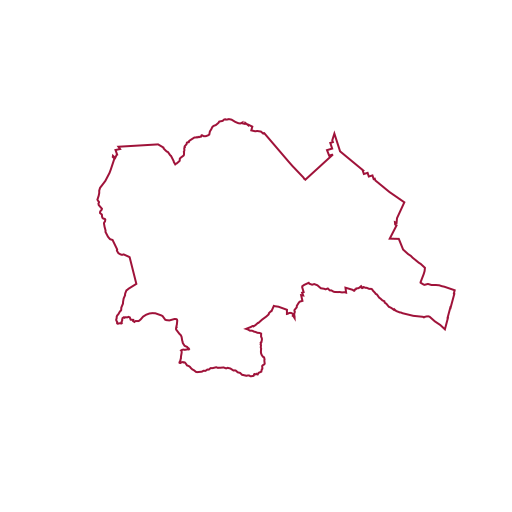 Ocotepec, Puebla, Mexico, rotated 325°
{"feature_id": "50627088B5073197281792", "entity_name": "Ocotepec", "entity_type": "district", "adm_level": 2, "iso_a3": "MEX", "parent_name": "Mexico", "parent_adm1": "Puebla", "projection": "natural_earth1", "projection_center": [-97.69, 19.551], "detail": "fine", "context": "isolated", "style": "outline", "palette": "rose", "viewbox_px": 512, "rotation_deg": 325, "n_neighbors": 0, "source": "geoboundaries", "source_scale": "gbopen_adm2", "svg_char_len": 6156}
<svg xmlns="http://www.w3.org/2000/svg" viewBox="0 0 512 512"><g transform="rotate(325 256 256)"><path d="M206.0,87.6L206.0,90.4L201.7,88.6L200.4,93.3L199.9,93.2L196.9,94.9L196.3,91.9L195.5,92.7L196.0,94.9L186.6,101.9L183.7,103.9L175.6,108.1L167.4,110.7L165.1,112.5L163.7,114.5L161.7,116.4L158.4,118.9L158.3,120.2L158.4,121.6L158.2,122.0L157.0,122.7L156.4,124.1L156.9,128.9L156.1,129.6L154.3,130.0L153.4,130.6L152.9,131.4L153.5,133.6L153.2,134.3L152.7,134.9L152.1,136.6L152.4,137.9L153.3,138.7L153.5,139.3L153.4,139.8L152.1,141.1L150.8,141.5L150.1,142.2L148.7,145.2L147.4,148.8L146.5,150.0L145.8,155.2L145.9,156.8L146.1,158.5L147.7,160.6L146.1,170.6L145.9,171.2L145.4,171.4L145.1,171.9L144.9,174.8L145.9,176.9L146.9,178.2L148.5,178.8L151.3,183.5L151.8,184.5L142.0,210.2L132.8,209.7L131.2,209.9L130.3,209.8L129.9,210.0L127.6,211.5L126.7,212.3L126.3,213.0L123.2,214.9L120.8,217.3L119.7,218.7L116.1,221.0L114.6,222.9L113.7,223.3L112.9,223.3L109.7,224.8L108.2,225.1L107.1,225.8L106.1,227.1L105.1,227.8L104.6,228.6L104.4,230.5L103.7,231.2L103.7,231.9L104.0,232.3L105.3,232.6L107.1,234.1L107.6,234.0L107.5,233.2L109.4,232.1L109.7,231.5L111.1,230.3L112.7,230.4L112.9,231.2L113.9,231.3L115.5,232.5L116.6,232.7L117.4,233.9L116.8,236.3L118.8,237.9L118.0,238.8L118.6,240.3L119.8,240.1L122.4,241.9L123.2,242.0L125.2,241.8L128.7,240.9L132.4,241.1L135.8,242.0L138.4,243.4L140.7,245.2L144.4,250.4L145.0,251.6L145.1,256.2L145.9,257.2L148.1,259.1L153.2,260.9L154.5,262.0L154.8,262.7L154.4,263.8L151.8,266.8L150.3,268.1L150.2,268.8L149.2,269.1L148.4,270.4L148.6,275.7L149.0,277.9L148.6,279.7L147.0,283.0L146.7,284.1L146.2,285.0L146.1,285.8L146.0,288.6L147.4,290.9L147.5,292.0L147.9,293.2L147.8,293.9L147.3,294.0L146.6,293.3L143.8,292.0L143.0,291.1L141.7,290.5L140.5,290.4L140.6,291.0L139.7,292.5L137.0,295.2L135.6,297.0L135.1,297.2L134.2,298.2L132.3,299.2L132.1,299.7L132.7,300.3L134.2,300.4L135.0,300.8L135.5,301.6L136.0,301.6L136.7,302.6L136.8,304.8L136.7,306.0L137.8,307.6L138.3,308.9L138.4,310.6L138.8,312.4L139.6,313.9L140.4,316.6L141.2,317.4L145.3,319.7L147.2,319.9L148.7,321.1L151.0,321.1L152.2,322.0L154.5,321.8L156.2,323.0L159.6,324.3L160.7,325.9L161.6,326.2L162.2,326.8L165.5,328.7L166.9,330.7L167.2,331.0L168.6,331.3L170.5,333.5L171.7,336.5L172.0,337.0L173.2,337.6L173.8,338.5L174.3,340.8L175.9,342.6L176.5,345.5L177.7,346.5L177.8,346.9L179.0,348.0L179.2,348.5L180.8,349.2L181.9,350.0L182.4,351.2L182.8,351.6L185.1,352.7L185.6,352.7L186.6,351.8L187.1,351.8L187.7,352.7L188.4,352.9L188.7,352.8L188.9,353.4L189.4,354.0L191.1,353.2L194.0,353.8L195.7,352.2L196.2,352.2L196.8,351.7L197.9,349.7L198.8,349.4L200.7,349.5L201.4,349.1L202.7,346.7L203.4,345.8L203.7,345.6L204.4,343.9L204.4,343.3L203.9,342.6L203.9,340.4L204.3,338.7L205.0,337.4L207.2,334.6L207.4,333.7L209.0,331.9L209.1,331.0L209.7,330.7L210.1,329.7L211.0,329.6L211.0,329.4L211.9,328.9L213.1,327.6L213.6,326.7L213.9,325.0L215.7,322.5L214.8,321.1L213.1,319.7L212.1,318.0L210.9,316.7L210.3,315.4L209.3,314.4L208.2,313.7L207.2,311.5L206.1,310.0L211.1,311.2L213.0,311.4L213.5,311.7L213.6,312.2L215.9,312.3L219.2,311.9L219.6,312.2L224.6,311.6L229.7,311.5L232.9,311.1L233.7,310.3L236.4,309.8L237.0,310.1L242.0,307.1L242.6,307.9L245.3,310.4L250.5,317.8L248.1,321.2L248.8,321.5L250.5,321.7L251.8,322.5L252.5,323.4L253.0,324.9L252.8,325.6L251.8,326.1L252.1,326.9L252.0,329.0L252.9,327.6L252.5,326.5L253.5,326.4L254.0,325.4L255.8,324.0L256.0,322.9L256.6,322.3L259.9,321.4L260.9,320.2L264.5,318.7L265.7,318.5L268.3,319.4L270.5,314.0L272.0,315.4L272.7,312.5L274.3,312.9L275.9,308.1L276.6,307.3L278.9,307.3L283.8,308.2L283.8,309.3L285.5,311.7L287.6,312.4L289.5,315.2L290.6,319.6L293.0,321.9L293.9,323.2L296.2,323.8L296.7,326.5L298.0,327.4L299.0,329.6L299.6,330.4L302.6,332.7L303.7,333.3L305.6,335.2L307.7,336.4L308.8,337.7L311.1,333.3L315.6,338.9L316.4,340.8L316.9,340.8L317.7,340.2L318.8,340.5L319.5,340.1L321.4,341.1L322.6,341.2L324.8,341.0L324.8,341.4L324.2,342.3L324.5,343.2L325.2,343.4L325.7,343.0L326.3,343.1L327.4,344.8L328.4,345.5L329.9,347.9L331.4,348.9L332.0,349.9L331.9,351.4L332.4,354.6L332.3,355.6L333.0,356.9L333.0,360.8L333.5,362.1L334.1,364.9L335.2,366.7L334.7,368.0L335.4,370.0L335.7,373.9L336.1,374.4L337.1,376.3L338.1,379.3L338.7,379.0L339.3,381.5L341.5,384.8L342.3,385.4L343.2,386.9L350.5,395.2L357.8,401.5L358.3,402.5L358.6,402.4L361.0,403.3L362.6,404.3L363.4,405.4L365.0,412.1L367.4,418.3L368.7,424.4L377.7,416.8L377.5,416.5L385.6,409.7L385.7,410.0L396.7,400.8L396.5,400.3L399.1,398.0L392.6,389.1L390.9,387.3L389.3,385.1L386.8,383.0L383.2,380.5L380.8,377.5L377.5,376.3L376.9,375.5L375.5,372.3L375.7,371.9L383.0,367.0L385.4,365.1L387.6,362.6L386.4,357.0L385.5,354.9L383.3,347.2L382.9,344.7L381.7,341.7L380.2,335.1L382.8,323.9L375.5,318.5L388.6,311.6L388.1,310.0L389.2,308.0L390.1,309.5L393.2,305.9L408.3,297.1L402.0,280.1L397.1,262.6L397.6,260.8L396.5,260.5L397.6,256.8L394.0,255.6L395.1,251.9L391.4,250.7L392.5,247.0L392.8,247.1L384.9,218.5L390.4,200.7L384.8,205.0L384.3,206.8L381.7,206.0L380.0,211.7L374.9,210.0L373.5,215.7L377.2,217.0L340.2,221.8L340.0,220.6L339.7,220.2L339.9,219.1L337.5,203.5L336.8,197.2L333.2,160.0L332.7,159.7L332.1,159.8L331.4,156.9L328.7,154.3L326.9,153.4L324.2,150.4L327.2,147.9L325.0,144.0L324.6,144.4L323.5,140.7L322.6,141.4L320.7,139.2L321.2,138.8L319.3,138.5L318.3,137.7L317.5,136.8L315.9,134.2L314.2,130.3L312.8,128.8L311.8,128.0L311.3,128.0L309.5,127.0L309.2,126.3L307.8,125.9L306.2,126.2L303.0,124.8L301.6,125.4L298.2,125.7L295.8,125.1L294.2,125.3L291.9,126.6L289.7,127.5L287.4,129.7L286.1,129.7L283.7,129.1L282.8,128.5L281.9,127.9L281.1,126.2L280.7,125.9L279.6,126.7L278.8,126.2L278.2,126.3L277.4,125.9L277.0,125.3L276.5,125.4L275.8,125.1L275.6,124.7L275.0,124.6L273.5,123.6L268.6,123.4L267.0,123.5L266.5,124.1L266.1,124.2L265.2,123.6L264.4,123.5L263.2,124.6L260.6,125.2L260.2,125.5L260.1,126.1L259.5,126.2L258.6,127.1L258.3,127.9L257.6,128.7L256.6,129.3L256.4,130.0L255.0,131.8L254.3,132.2L250.6,132.3L249.4,132.6L248.3,134.0L247.9,134.3L244.1,134.7L243.3,134.5L242.4,134.6L242.6,131.9L243.0,130.9L243.8,125.3L243.5,124.4L243.5,120.4L242.9,119.4L242.5,117.9L242.0,114.9L242.4,114.1L239.8,108.4L206.0,87.6Z" fill="none" stroke="#9f1239" stroke-width="2"/></g></svg>